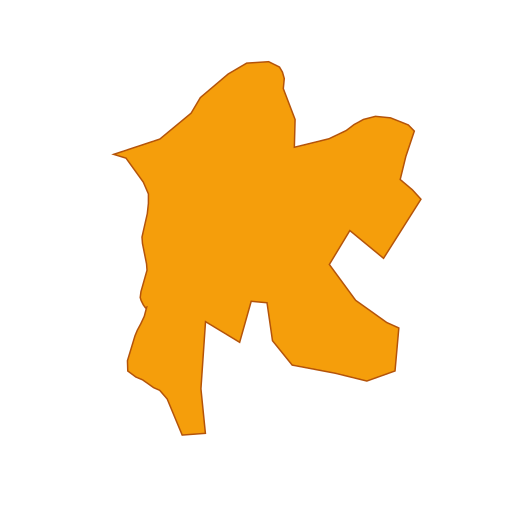 SVG path tracing the border of Livanu, rotated 14°
{"feature_id": "LVA-5750", "entity_name": "Livanu", "entity_type": "Municipality", "adm_level": 1, "iso_a3": "LVA", "parent_name": "Latvia", "parent_adm1": "", "projection": "orthographic", "projection_center": [26.324, 56.351], "detail": "fine", "context": "isolated", "style": "filled", "palette": "amber", "viewbox_px": 512, "rotation_deg": 14, "n_neighbors": 0, "source": "natural_earth", "source_scale": "10m", "svg_char_len": 997}
<svg xmlns="http://www.w3.org/2000/svg" viewBox="0 0 512 512"><g transform="rotate(14 256 256)"><path d="M249.8,440.3L227.7,447.6L204.4,416.2L195.0,409.6L188.5,408.5L175.9,403.6L168.7,402.5L159.4,398.6L156.6,388.7L157.9,362.7L158.8,356.7L160.6,349.7L162.2,341.5L162.3,332.1L161.2,333.0L158.4,330.6L155.3,327.0L153.7,324.3L153.0,318.4L153.7,296.2L151.7,290.1L142.8,271.3L140.8,265.2L140.3,241.3L138.9,231.1L136.6,221.8L128.8,211.6L106.2,192.5L93.3,191.8L134.4,165.8L158.5,133.1L163.7,115.7L184.9,86.2L200.3,71.1L221.3,64.4L233.1,67.0L237.2,71.2L240.5,77.0L242.0,87.0L260.9,114.1L266.9,141.2L298.4,124.6L313.2,112.4L319.4,104.7L327.2,97.5L338.1,91.6L353.1,89.4L372.1,92.0L379.4,96.5L377.3,123.2L377.4,146.9L391.8,154.0L402.3,161.0L380.3,227.4L340.9,208.6L329.2,246.5L363.4,274.9L398.9,288.9L412.0,291.3L418.7,333.9L393.8,350.5L360.9,350.6L317.5,353.1L292.5,334.2L278.0,298.7L262.3,301.1L261.0,343.7L222.9,331.9L234.7,398.2L249.8,440.3Z" fill="#f59e0b" stroke="#b45309" stroke-width="1.5"/></g></svg>